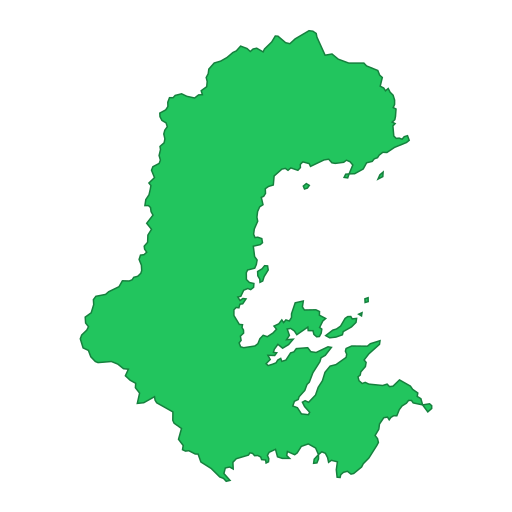 outline of Paraty, Rio de Janeiro, Brazil
{"feature_id": "56859067B52906946638112", "entity_name": "Paraty", "entity_type": "district", "adm_level": 2, "iso_a3": "BRA", "parent_name": "Brazil", "parent_adm1": "Rio de Janeiro", "projection": "mercator", "projection_center": [-44.67, -23.142], "detail": "fine", "context": "isolated", "style": "filled", "palette": "green", "viewbox_px": 512, "rotation_deg": 0, "n_neighbors": 0, "source": "geoboundaries", "source_scale": "gbopen_adm2", "svg_char_len": 6074}
<svg xmlns="http://www.w3.org/2000/svg" viewBox="0 0 512 512"><path d="M309.0,30.7L295.1,38.9L289.9,43.7L285.6,42.7L278.0,36.2L275.3,36.0L271.7,42.0L264.5,49.0L263.1,51.9L256.7,48.2L253.1,49.0L250.3,51.5L247.0,48.5L240.6,46.1L236.3,50.9L232.9,52.5L227.0,57.5L220.7,61.1L214.2,63.0L208.8,69.1L208.2,73.8L206.2,77.5L207.2,81.5L206.7,86.7L201.2,90.7L202.4,94.7L198.6,94.9L194.6,98.0L186.8,96.3L181.6,93.8L175.2,95.4L173.1,97.7L169.5,97.7L167.8,102.2L167.9,106.5L165.7,109.9L159.8,113.1L160.0,116.7L161.9,120.4L166.1,122.9L167.3,126.7L164.8,130.2L163.8,134.0L164.9,138.9L164.1,142.8L160.0,146.4L160.5,149.6L159.1,155.5L160.4,160.1L159.2,163.4L152.9,166.7L151.5,170.2L154.5,177.6L148.9,183.0L150.9,185.5L150.3,189.2L149.0,194.8L145.8,199.6L144.9,205.6L148.5,205.6L150.5,207.5L151.1,211.7L153.0,215.1L146.7,223.3L151.5,229.3L147.9,235.1L147.6,242.3L144.2,246.2L144.6,249.1L146.7,252.2L144.0,254.7L140.5,255.1L139.1,259.4L141.4,265.2L141.7,270.6L140.8,273.3L137.7,276.3L133.8,277.3L132.1,279.8L129.2,281.0L122.4,280.8L119.0,286.7L108.7,291.7L105.6,294.4L95.9,296.3L93.4,299.6L93.7,304.6L91.2,312.8L85.2,317.1L85.6,323.0L88.5,326.7L86.8,330.1L81.7,335.0L80.3,338.8L83.1,347.9L88.4,350.4L90.8,356.8L95.3,361.5L98.0,362.6L111.4,361.5L117.8,364.1L123.5,368.7L128.4,369.2L125.4,375.8L130.1,380.2L135.7,383.3L135.4,387.7L139.6,393.1L137.3,403.4L143.8,402.7L154.5,396.7L155.1,400.2L156.7,402.8L172.9,411.9L172.8,420.3L174.1,423.2L181.5,428.5L178.5,439.3L183.2,445.5L182.5,449.7L185.5,451.1L188.8,450.7L195.2,454.0L198.1,454.1L200.9,462.0L211.2,468.5L219.8,477.0L223.5,478.4L226.2,481.3L230.0,480.4L223.9,473.5L225.3,468.0L229.6,467.0L233.2,469.0L232.9,462.3L236.3,458.7L248.4,455.1L250.0,452.8L252.6,453.4L254.6,455.7L257.8,455.5L260.7,457.0L261.6,459.6L265.6,460.0L266.1,463.0L268.5,461.8L268.8,458.7L267.4,455.4L269.1,452.3L275.5,449.3L277.5,456.8L282.3,458.4L289.6,458.4L286.7,455.5L287.4,451.5L294.7,454.7L297.1,453.0L301.3,446.4L308.3,443.9L315.6,448.0L318.5,454.6L321.8,451.8L325.4,453.3L327.6,457.6L328.6,462.3L331.4,460.3L337.4,461.8L336.3,469.7L337.1,477.2L340.1,477.5L340.8,474.6L343.5,472.3L347.4,471.3L351.0,474.1L353.7,473.5L361.6,467.0L363.2,463.8L368.8,458.1L376.8,445.5L378.4,442.5L377.5,438.6L375.1,435.5L378.8,429.2L379.5,424.0L383.8,417.7L387.5,417.1L389.2,419.8L390.9,417.4L393.7,415.7L396.8,415.8L399.3,409.6L402.1,405.9L406.4,403.2L408.6,400.4L411.5,400.5L413.2,402.9L422.6,404.9L420.9,398.7L417.2,396.4L417.8,393.0L412.6,389.3L410.4,386.1L399.5,379.9L393.0,386.2L389.5,386.6L387.1,384.1L382.7,385.5L368.8,384.1L365.2,382.4L362.2,383.5L359.0,380.7L358.0,376.8L360.2,375.1L360.8,371.9L365.4,366.6L366.1,362.4L364.1,360.0L368.8,353.9L379.5,344.3L380.0,340.7L370.3,343.7L367.4,346.2L351.7,346.0L346.1,348.5L345.4,351.2L346.7,354.2L346.1,357.4L336.0,364.6L330.1,366.1L325.0,372.3L322.4,380.8L318.2,387.3L315.5,395.1L308.6,402.3L305.1,400.7L302.4,402.2L304.6,406.6L309.7,412.3L308.4,414.7L301.4,413.9L297.4,407.7L292.8,406.0L294.4,401.3L298.2,399.5L299.1,396.7L304.8,390.4L307.0,384.4L309.3,382.2L312.9,372.7L319.9,361.7L321.0,357.8L325.3,355.3L331.4,347.4L328.0,346.8L316.1,352.5L310.8,351.7L307.7,347.7L296.3,348.6L293.9,351.9L290.6,352.9L285.9,360.1L281.8,361.4L280.7,358.4L277.7,360.1L276.1,362.8L272.6,364.2L268.1,365.6L266.1,363.7L270.2,359.5L267.9,355.3L274.7,355.5L276.7,352.8L273.4,352.4L274.3,349.3L277.9,344.3L282.6,348.2L288.6,344.6L293.2,339.2L286.5,339.7L289.4,335.4L287.2,329.0L290.7,328.4L294.4,331.0L296.8,334.7L307.8,327.1L308.2,330.6L313.0,330.7L313.9,334.4L316.7,336.8L319.4,336.5L321.2,333.1L321.8,329.1L319.6,327.5L322.8,321.0L325.7,318.5L319.4,315.2L319.5,311.5L315.9,309.8L304.4,310.0L302.4,306.9L303.3,301.0L295.2,302.8L291.5,313.8L291.5,317.5L289.3,321.0L285.9,319.9L283.6,322.6L281.8,319.9L278.8,323.8L274.0,326.1L276.5,329.2L273.0,333.0L267.3,336.7L263.2,335.3L259.9,338.7L257.9,343.7L254.9,346.0L243.7,347.7L240.6,346.8L239.1,342.9L241.1,340.4L240.4,336.1L243.6,333.1L243.5,330.1L242.0,327.5L242.5,324.7L239.3,324.4L233.9,315.5L233.9,309.8L236.1,307.5L238.9,307.8L239.9,304.2L242.7,303.8L246.0,298.9L242.9,298.5L240.0,300.5L237.8,297.0L240.8,296.3L243.7,290.2L247.8,288.5L250.7,289.6L253.6,287.3L253.9,283.5L249.4,282.5L246.4,279.5L246.3,272.7L247.6,270.0L254.7,268.2L256.3,264.6L257.1,260.0L254.6,256.6L253.3,246.2L260.3,244.6L262.5,242.7L261.8,238.6L257.7,237.2L255.0,237.6L253.6,234.2L254.3,229.0L257.7,221.2L256.9,217.2L257.6,211.5L259.7,206.8L263.0,204.7L261.3,197.4L263.7,196.3L265.5,193.4L265.3,188.7L268.6,186.4L273.3,185.0L274.1,176.0L281.9,169.1L285.3,168.4L288.0,170.3L290.8,167.9L297.9,170.3L300.4,167.6L300.3,164.4L302.8,161.9L309.2,163.6L310.5,166.4L324.1,159.9L328.7,159.2L331.9,162.8L335.2,163.4L343.7,162.3L346.4,160.2L350.0,161.7L352.8,165.0L349.1,173.9L354.7,173.7L363.2,169.0L366.6,162.8L372.2,161.4L374.3,158.8L377.5,157.7L379.2,155.1L382.8,152.3L386.9,152.5L394.5,147.4L406.5,142.5L409.2,140.3L407.5,135.7L404.2,136.7L402.1,139.2L399.2,138.1L396.2,138.4L393.8,136.0L392.9,125.9L395.1,123.6L392.2,122.1L394.8,119.7L395.5,116.3L396.0,109.0L393.2,107.6L394.6,104.4L394.6,100.1L393.1,95.2L390.1,92.2L388.2,88.5L385.5,90.8L383.7,88.0L380.2,86.2L382.3,77.5L379.7,75.2L377.8,70.5L366.5,65.9L363.9,63.1L348.8,63.1L338.3,59.2L332.0,54.0L325.1,55.2L316.9,37.1L316.2,33.5L312.9,31.2L309.0,30.7ZM350.8,316.5L347.7,316.6L345.1,318.4L340.6,326.1L336.5,329.0L332.8,330.1L325.7,335.6L329.7,337.8L335.9,337.1L342.4,334.8L343.2,331.6L351.5,326.9L356.0,322.4L356.6,318.4L352.2,318.9L350.8,316.5ZM262.7,281.0L264.1,276.6L268.2,270.0L267.6,265.9L264.6,265.7L262.1,268.8L257.6,271.5L257.8,275.8L259.8,279.2L260.0,282.3L262.7,281.0ZM422.6,404.9L427.8,411.9L431.7,408.5L431.7,405.7L429.6,403.8L422.6,404.9ZM318.5,454.6L314.2,459.2L313.6,463.3L316.9,462.9L318.5,459.0L318.5,454.6ZM307.4,188.1L309.3,185.4L306.3,183.6L303.3,186.1L304.5,189.0L307.4,188.1ZM382.8,176.6L383.1,172.1L379.9,174.8L378.0,179.1L382.8,176.6ZM349.1,173.9L345.7,174.2L344.1,177.4L347.7,177.9L349.1,173.9ZM368.2,301.6L368.1,297.7L364.9,298.8L365.1,302.5L368.2,301.6ZM362.0,312.7L358.7,314.2L361.5,315.9L362.0,312.7Z" fill="#22c55e" stroke="#15803d" stroke-width="1.5"/></svg>